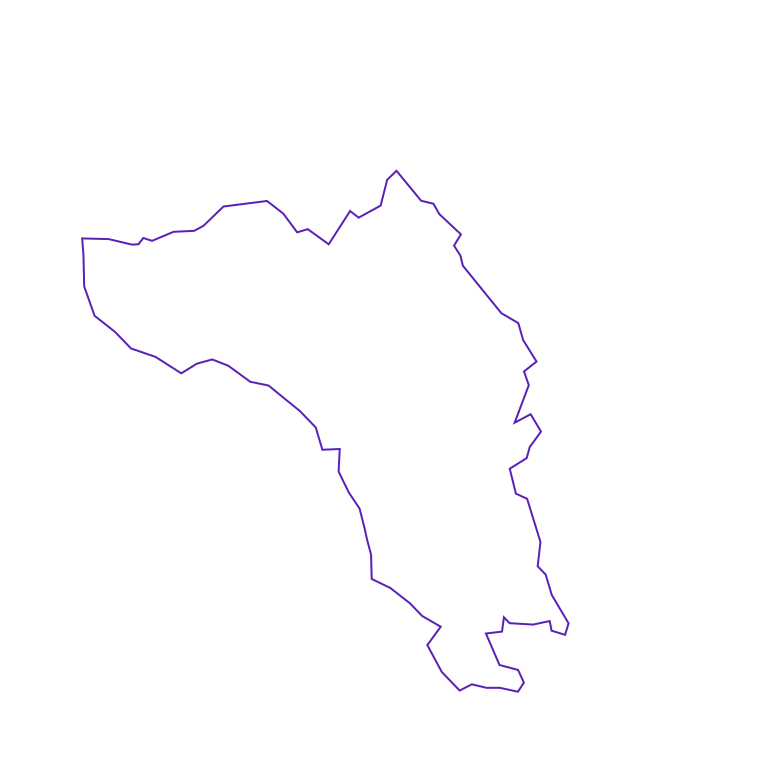 outline of Alevga, Nicosia, Cyprus, rotated 136°
{"feature_id": "46923920B64835616919063", "entity_name": "Alevga", "entity_type": "district", "adm_level": 2, "iso_a3": "CYP", "parent_name": "Cyprus", "parent_adm1": "Nicosia", "projection": "equal_earth", "projection_center": [32.609, 35.152], "detail": "fine", "context": "isolated", "style": "outline", "palette": "violet", "viewbox_px": 768, "rotation_deg": 136, "n_neighbors": 0, "source": "geoboundaries", "source_scale": "gbopen_adm2", "svg_char_len": 1297}
<svg xmlns="http://www.w3.org/2000/svg" viewBox="0 0 768 768"><g transform="rotate(136 384 384)"><path d="M510.5,685.7L531.9,662.4L544.8,634.1L541.3,608.4L541.3,585.3L529.5,562.1L522.4,532.5L504.7,528.7L490.5,521.0L483.4,505.5L481.1,492.7L478.7,478.5L468.1,463.1L465.7,442.5L463.3,423.2L463.3,400.1L474.0,379.5L461.0,368.0L477.5,352.5L484.6,330.7L488.1,311.4L497.6,294.7L504.7,283.1L511.8,270.3L528.3,252.3L521.2,233.0L517.7,208.5L517.7,190.6L511.8,170.0L534.2,166.1L542.5,136.6L542.5,110.9L529.5,107.0L521.2,94.1L511.8,85.1L501.4,69.6L490.8,72.0L486.2,85.2L496.1,101.6L484.0,133.7L471.1,123.9L459.8,132.9L459.8,124.7L443.9,107.4L429.5,98.4L434.8,90.1L428.0,77.8L417.5,83.6L409.9,115.6L400.1,134.6L400.1,146.1L381.2,161.7L360.8,202.0L365.3,213.5L352.4,235.7L332.8,231.6L323.0,237.4L304.1,240.7L299.5,260.4L316.9,265.4L280.6,282.6L274.6,295.8L258.7,294.2L253.4,318.9L245.1,334.5L250.4,353.4L245.1,414.3L239.8,423.4L237.5,434.9L224.7,438.2L226.2,467.8L223.2,479.3L230.0,490.0L226.9,528.7L239.8,528.7L262.5,514.7L286.7,521.3L288.2,532.0L326.7,522.9L331.3,548.4L341.1,553.4L338.1,576.4L340.0,589.9L341.1,597.0L376.2,623.2L403.9,623.2L414.1,626.0L429.7,639.7L451.4,648.1L455.7,656.2L463.6,655.1L468.5,659.4L481.4,679.5L500.0,698.4L510.5,685.7Z" fill="none" stroke="#5b21b6" stroke-width="2"/></g></svg>